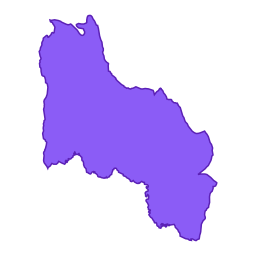 Litjotjela, Leribe, Lesotho (Albers equal-area conic projection)
{"feature_id": "5366337B63854375495217", "entity_name": "Litjotjela", "entity_type": "district", "adm_level": 2, "iso_a3": "LSO", "parent_name": "Lesotho", "parent_adm1": "Leribe", "projection": "albers", "projection_center": [28.008, -28.934], "detail": "fine", "context": "isolated", "style": "filled", "palette": "violet", "viewbox_px": 256, "rotation_deg": 0, "n_neighbors": 0, "source": "geoboundaries", "source_scale": "gbopen_adm2", "svg_char_len": 5764}
<svg xmlns="http://www.w3.org/2000/svg" viewBox="0 0 256 256"><path d="M196.0,240.6L197.5,239.5L199.2,238.9L199.8,234.9L200.3,233.6L200.7,231.8L201.4,224.1L203.3,220.4L204.5,219.5L205.2,218.5L205.3,217.2L204.8,215.9L204.6,214.4L204.9,212.1L205.3,210.8L206.3,210.1L206.8,208.7L208.6,207.3L208.7,205.8L209.6,202.5L209.5,196.8L210.0,193.9L210.8,192.4L212.1,191.3L213.1,188.5L213.1,186.5L214.3,186.5L215.6,185.9L216.5,184.1L216.8,182.8L215.7,181.8L213.7,180.5L210.8,177.5L206.9,174.5L204.8,174.0L200.6,174.0L198.0,174.5L205.2,168.7L206.6,167.0L208.3,165.5L210.9,160.5L211.5,158.3L211.8,156.2L213.0,155.0L212.2,150.5L212.6,148.0L211.5,144.5L210.1,142.5L208.3,136.6L206.8,134.0L206.0,133.2L204.6,131.1L200.1,132.9L198.2,133.4L196.1,133.5L194.3,132.7L192.3,131.3L188.3,126.2L187.3,123.8L185.5,122.0L184.9,120.8L183.8,117.4L183.0,116.4L182.5,115.1L180.2,107.4L179.4,106.8L178.1,105.1L178.0,104.3L177.5,103.9L177.2,103.1L176.3,103.2L175.5,102.8L173.9,102.7L172.0,101.0L171.6,99.9L171.1,99.5L168.4,99.5L166.9,99.0L166.5,97.1L165.8,95.8L165.0,94.5L163.7,93.1L162.8,90.8L162.0,89.8L161.2,89.5L161.2,88.6L160.4,88.2L159.5,88.8L158.5,90.6L157.3,91.3L156.5,92.0L154.4,94.7L153.7,91.7L153.1,90.4L148.6,88.9L145.1,88.5L142.5,89.0L140.9,88.9L135.9,86.8L133.1,88.2L131.6,88.4L130.7,89.0L128.7,88.5L128.1,87.9L126.7,88.3L125.4,87.3L124.7,87.1L124.0,86.6L123.8,85.8L122.2,85.0L121.1,84.2L117.1,80.6L115.7,78.9L115.9,78.4L115.5,77.9L113.7,76.3L112.3,75.4L111.6,74.3L111.6,73.7L110.8,73.1L110.0,71.5L108.5,71.1L108.2,65.5L108.5,63.7L108.3,63.3L106.9,62.4L105.5,61.0L104.4,59.2L103.9,55.9L103.0,53.9L102.6,51.8L103.3,50.8L103.3,48.6L102.5,46.9L101.9,42.1L100.8,39.9L99.6,35.9L98.4,28.5L97.6,25.4L96.7,25.3L96.3,25.0L94.6,21.1L93.0,18.9L92.0,16.7L91.0,15.7L90.2,15.4L88.9,15.5L87.7,16.1L87.2,17.5L86.8,19.7L86.7,22.5L85.9,23.2L83.8,24.0L81.4,24.0L78.5,23.5L76.4,24.5L76.4,25.4L76.7,26.1L78.3,27.7L79.1,28.0L83.0,28.7L83.5,29.0L83.7,29.9L84.6,31.6L84.6,33.2L83.6,34.9L82.5,35.4L81.9,35.4L81.2,35.1L80.2,34.3L79.3,33.4L77.2,30.1L71.3,24.4L70.6,24.0L68.9,24.7L67.7,24.7L66.1,24.2L61.3,22.0L60.8,21.4L58.3,20.5L54.6,19.8L51.1,20.4L50.0,20.0L50.2,21.0L50.5,21.7L51.2,22.2L51.7,22.0L52.5,22.8L53.0,24.0L53.8,25.0L54.7,26.7L54.9,27.3L54.1,32.6L53.6,33.0L52.5,32.5L51.9,32.8L51.5,33.3L51.2,34.4L48.7,37.1L48.1,37.3L47.7,36.8L47.8,36.3L47.4,35.6L46.8,35.4L46.2,35.7L43.3,38.2L43.1,40.2L42.1,42.1L41.8,43.1L41.9,44.6L41.6,45.6L40.5,47.7L40.1,50.1L39.2,51.4L40.1,56.0L41.0,58.2L40.8,59.3L39.8,60.5L40.1,62.2L39.5,63.2L39.9,67.1L40.5,67.6L40.8,68.2L41.0,69.1L41.1,71.6L41.9,75.1L42.5,75.8L44.2,76.4L44.8,77.3L45.5,79.9L45.6,82.7L46.9,83.4L47.4,84.5L47.9,87.3L47.2,94.2L46.1,97.3L44.3,99.9L43.9,101.5L44.4,104.8L44.2,105.6L44.3,106.8L43.6,109.2L45.1,119.3L45.0,119.7L44.0,120.8L44.0,122.1L43.4,123.8L43.7,125.7L43.3,127.0L43.2,128.4L43.6,130.9L42.7,133.2L42.7,133.8L43.5,138.7L45.2,139.8L45.4,140.9L46.7,142.2L46.3,145.1L45.4,148.6L44.7,150.0L44.7,150.8L43.7,152.2L43.6,153.4L44.1,155.5L43.6,160.1L43.7,161.2L44.2,162.8L47.0,166.6L47.8,168.4L48.1,167.5L50.2,166.0L51.9,163.4L53.6,164.2L56.3,164.2L57.7,163.1L58.7,161.4L62.2,163.2L64.7,164.2L65.6,163.0L65.4,161.1L65.9,160.4L66.5,160.5L66.4,161.9L66.7,162.3L67.1,162.3L67.7,160.8L68.7,160.0L68.2,159.2L68.3,158.8L68.8,158.6L70.0,159.1L71.0,158.7L71.4,158.1L73.0,156.9L72.9,156.0L74.2,155.1L75.0,154.9L75.0,154.4L73.9,154.1L73.8,153.7L74.8,152.0L75.1,152.3L75.0,153.1L76.3,154.4L77.4,154.5L78.9,153.5L79.2,154.0L79.0,155.2L80.0,155.4L81.1,156.9L81.8,157.3L81.9,160.1L82.2,160.7L82.7,160.9L83.2,161.5L83.6,163.3L83.6,164.8L84.5,167.1L86.0,168.7L86.6,172.2L87.2,172.5L87.9,172.5L88.4,173.1L89.5,173.7L90.2,174.0L90.7,173.9L92.2,172.0L93.4,171.6L93.8,172.8L94.1,172.8L94.2,172.0L94.7,171.8L94.9,172.0L94.8,172.6L95.3,173.3L96.4,173.9L97.3,174.8L97.9,176.5L98.1,176.6L99.2,177.1L99.9,176.8L101.3,177.6L104.2,178.2L104.8,177.8L105.7,178.0L106.2,177.2L106.4,177.7L107.2,177.9L108.2,177.1L109.5,176.7L109.5,176.0L109.8,175.7L110.7,174.8L111.6,174.5L111.9,172.8L112.7,170.7L112.6,170.0L112.8,169.8L113.8,169.5L113.8,168.8L114.3,168.3L115.9,168.2L116.8,169.2L117.2,170.2L118.5,171.0L118.6,172.2L123.3,174.4L123.4,174.8L123.2,175.5L123.5,175.8L125.6,176.5L127.0,177.9L128.8,178.7L129.5,179.6L130.2,180.1L130.5,181.3L131.8,181.6L133.2,180.5L134.5,182.0L136.8,183.3L138.2,183.5L139.0,182.9L139.6,183.2L140.0,182.6L141.2,181.8L141.5,181.4L141.8,181.4L142.9,182.2L144.4,182.4L144.3,183.8L144.6,184.3L147.3,184.7L148.2,185.6L148.3,186.5L147.9,187.2L147.3,187.1L146.7,186.6L146.2,187.1L146.5,188.1L148.1,189.5L148.1,190.8L147.9,191.1L146.5,191.5L145.8,192.0L145.2,192.9L145.2,193.4L145.6,194.8L145.6,196.1L146.2,196.7L146.7,196.7L147.7,194.6L148.5,195.3L148.7,196.7L148.4,199.0L146.8,199.3L146.2,199.8L146.0,200.4L146.2,201.3L147.3,202.7L148.5,205.1L148.4,206.2L147.8,207.2L148.4,208.3L148.4,209.3L149.2,209.9L149.8,209.7L150.3,210.1L150.3,210.8L150.1,211.0L149.1,210.9L148.6,212.0L149.1,212.5L150.0,212.7L150.1,213.0L149.0,214.4L148.9,214.8L150.6,217.2L152.0,218.2L153.5,220.7L154.1,221.3L154.4,222.6L155.1,223.0L156.0,222.6L156.6,223.2L157.0,225.6L157.6,226.2L158.5,226.3L158.8,226.5L158.9,227.5L159.1,227.8L160.8,228.2L161.3,227.0L161.2,226.5L161.5,226.4L161.9,226.6L162.3,226.2L162.6,225.3L162.5,224.8L161.9,224.6L161.0,224.7L161.5,223.9L162.0,223.6L163.3,224.1L163.7,225.1L163.5,225.6L163.9,226.0L164.2,225.8L164.8,224.7L165.4,224.5L166.3,224.7L166.3,225.1L165.8,225.4L165.2,226.3L165.7,226.9L166.4,226.7L167.3,225.0L166.9,224.5L167.1,224.0L167.9,224.2L168.7,225.6L169.0,225.7L169.6,225.4L169.7,224.8L170.3,225.0L174.1,224.4L175.0,225.8L175.3,227.3L177.8,229.8L178.6,231.8L179.6,232.7L180.1,234.7L180.1,236.1L185.6,238.7L188.1,239.1L189.3,240.1L191.4,240.4L191.0,239.1L192.4,238.9L194.5,240.1L196.0,240.6Z" fill="#8b5cf6" stroke="#5b21b6" stroke-width="1.5"/></svg>